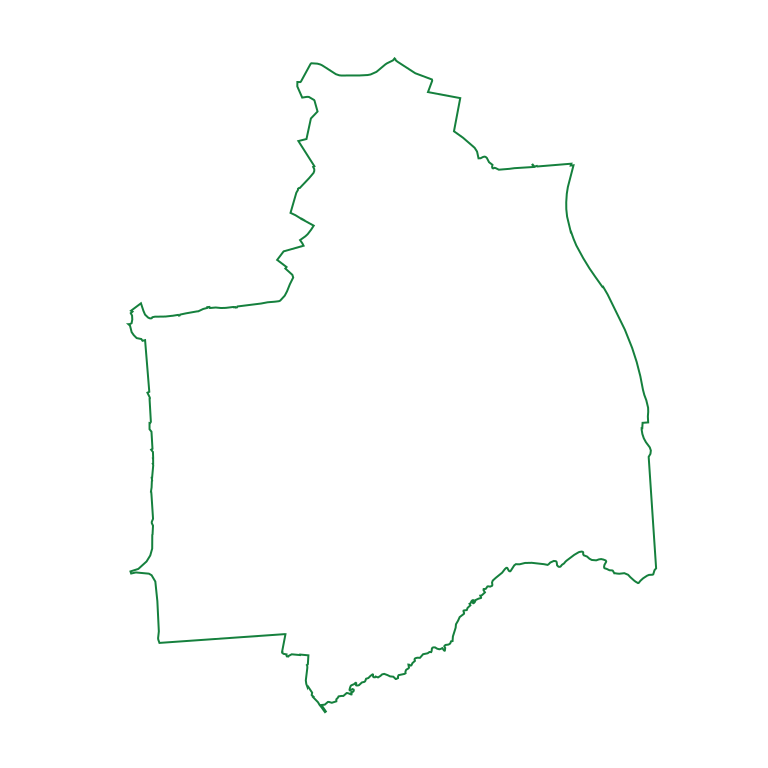 outline of Eindhoven, Noord-Brabant, Netherlands, rotated 87°
{"feature_id": "6326949B83457760015598", "entity_name": "Eindhoven", "entity_type": "district", "adm_level": 2, "iso_a3": "NLD", "parent_name": "Netherlands", "parent_adm1": "Noord-Brabant", "projection": "orthographic", "projection_center": [5.479, 51.449], "detail": "fine", "context": "isolated", "style": "outline", "palette": "green", "viewbox_px": 768, "rotation_deg": 87, "n_neighbors": 0, "source": "geoboundaries", "source_scale": "gbopen_adm2", "svg_char_len": 6109}
<svg xmlns="http://www.w3.org/2000/svg" viewBox="0 0 768 768"><g transform="rotate(87 384 384)"><path d="M175.5,183.3L175.6,186.1L173.8,185.4L174.8,219.5L174.2,219.9L174.8,222.4L172.7,224.0L172.9,224.3L175.1,223.0L175.3,242.5L175.7,247.6L176.0,258.1L174.3,261.1L173.9,262.3L174.4,263.6L174.2,264.3L172.9,264.7L170.8,264.2L168.0,267.5L163.6,269.5L162.5,270.7L162.2,271.9L162.5,273.3L163.6,275.7L163.6,277.8L156.8,278.9L152.9,281.1L142.2,292.2L135.3,300.9L102.5,292.9L94.8,324.8L83.7,320.0L82.4,320.2L75.3,336.5L62.9,353.6L61.3,355.4L60.3,355.6L59.4,356.4L61.3,358.1L63.9,364.2L64.9,365.9L71.9,375.2L74.2,381.2L74.6,384.2L74.6,392.2L73.7,410.6L73.4,412.5L72.1,415.8L62.6,429.0L61.6,430.8L60.6,433.8L59.9,439.8L60.7,440.7L77.6,451.1L78.1,451.7L77.9,454.7L82.3,455.0L93.7,450.7L93.2,445.8L93.4,444.0L96.7,439.0L97.3,438.6L108.4,436.1L115.0,443.1L135.3,448.6L136.9,456.8L162.9,442.1L163.5,443.4L165.7,442.4L167.6,442.5L169.5,443.3L174.6,448.1L183.9,457.9L183.9,458.8L184.6,459.7L185.8,459.8L188.3,461.5L208.2,468.4L210.8,463.6L214.8,457.8L214.6,457.6L215.6,456.1L215.7,456.5L216.1,455.8L222.2,445.9L226.2,448.8L230.4,452.4L232.4,454.8L235.9,460.3L239.4,458.1L241.7,457.1L246.3,477.3L254.5,484.2L262.1,475.2L263.5,476.5L270.2,469.8L272.9,469.1L279.5,472.8L286.4,476.0L290.6,478.5L295.3,483.3L295.8,484.6L296.1,488.7L296.3,495.9L297.2,502.5L298.9,526.3L299.8,526.8L299.9,528.3L299.4,528.5L299.5,529.7L299.3,529.7L299.2,530.6L299.7,538.0L299.6,542.7L298.8,548.1L299.0,553.4L298.9,554.2L297.9,554.3L298.0,556.5L298.8,556.6L299.6,560.6L301.7,565.7L301.7,566.9L303.1,578.2L304.0,583.9L304.9,584.5L305.0,585.3L304.2,586.0L304.8,591.5L304.8,592.1L305.2,598.7L304.8,609.4L305.2,611.8L306.1,612.5L306.3,613.3L306.1,614.6L305.3,616.1L302.2,619.0L298.4,620.4L290.7,622.5L297.6,632.8L298.6,631.4L300.0,633.2L302.5,632.0L306.5,632.0L310.1,632.9L310.9,634.6L310.9,636.1L312.4,634.6L319.0,633.3L322.2,631.3L325.2,628.6L326.4,624.0L328.2,622.9L327.7,620.3L379.5,618.8L380.3,620.7L385.3,618.6L386.3,618.6L386.5,618.9L409.6,618.8L411.0,619.7L410.8,620.2L416.9,620.5L419.5,618.7L436.6,618.6L437.4,620.0L439.8,618.3L445.9,618.4L446.0,618.7L447.4,618.5L451.4,618.7L451.5,619.1L453.0,618.7L465.5,620.5L465.5,620.9L468.5,620.6L468.8,620.9L475.1,621.5L479.5,622.4L479.7,622.1L482.2,622.0L506.5,621.7L509.5,623.1L510.7,623.2L513.4,622.1L522.1,623.0L522.5,623.3L536.2,624.1L543.0,626.4L548.8,630.4L555.8,639.0L557.9,647.0L560.0,646.4L559.2,641.7L561.1,628.7L562.8,626.1L569.3,622.7L589.0,621.7L619.3,621.8L626.0,622.9L627.4,622.8L630.8,621.8L628.6,496.2L628.7,495.5L646.1,499.8L646.2,499.5L647.1,499.7L648.2,498.5L648.9,495.5L649.6,495.7L650.9,495.3L651.1,493.9L650.7,493.8L649.1,490.3L650.3,482.0L649.8,481.9L651.0,473.7L659.8,474.7L660.6,475.7L661.0,475.4L663.3,475.4L675.9,477.6L679.5,477.3L682.7,476.3L682.4,476.2L682.1,475.7L688.5,471.9L690.8,472.5L692.6,470.8L692.9,471.3L698.3,466.6L701.5,464.9L701.5,464.7L708.6,460.1L708.0,459.2L701.3,463.3L701.1,459.9L698.6,456.7L698.6,455.7L699.6,452.8L698.4,448.2L696.4,448.1L694.9,446.5L693.6,445.7L693.3,443.0L693.4,440.9L690.7,437.5L690.7,436.8L691.2,435.3L692.3,433.1L692.3,432.7L691.7,432.5L690.8,432.9L689.9,432.7L690.0,431.8L689.6,430.9L688.8,430.3L688.0,430.2L687.5,430.4L687.0,431.5L688.1,433.6L688.1,434.3L687.3,434.4L685.2,433.7L683.7,433.0L683.2,432.4L682.1,429.4L681.0,428.2L680.9,427.8L681.3,427.4L683.1,427.8L683.6,427.4L683.7,425.9L683.4,424.7L680.9,421.7L680.4,419.1L679.7,418.3L677.4,417.3L676.8,415.0L674.8,412.8L673.4,410.7L673.6,410.2L675.7,410.2L676.3,409.5L676.4,408.3L675.7,407.7L676.7,405.3L675.3,402.8L673.9,401.1L673.5,399.0L674.9,395.7L676.3,393.2L676.8,390.0L679.2,387.8L679.2,387.3L678.4,385.4L676.7,385.3L675.5,384.6L674.6,378.8L674.0,377.6L672.7,377.7L671.0,377.1L670.3,376.4L669.4,374.6L668.6,373.9L665.5,374.3L665.6,373.6L666.6,372.1L666.4,371.4L664.2,370.2L662.1,367.6L660.8,367.9L659.9,367.6L659.5,366.9L659.1,365.2L659.3,362.4L655.9,359.1L655.2,354.5L654.0,352.6L654.2,350.9L653.1,350.4L650.7,350.0L649.9,349.4L649.6,348.5L649.7,346.8L651.1,344.8L651.8,342.7L651.5,341.1L650.8,339.6L653.1,338.1L653.5,337.6L653.4,337.2L650.8,336.7L649.2,337.5L648.5,337.2L647.8,336.1L647.6,333.4L647.4,332.8L646.6,331.5L644.5,330.5L644.3,329.0L639.7,328.4L631.1,325.2L627.7,324.7L624.2,322.4L620.7,320.6L617.6,316.1L616.8,316.0L615.3,316.5L614.5,316.4L614.3,315.9L614.1,313.2L611.9,312.2L609.5,309.3L608.0,310.1L607.4,309.0L605.6,308.1L604.8,307.3L604.5,306.6L604.6,306.0L607.0,306.7L607.5,306.5L607.6,306.0L606.7,304.9L604.5,303.7L603.3,300.8L602.8,298.4L602.3,298.2L600.4,298.9L600.3,297.8L599.9,297.1L597.4,294.1L595.0,295.4L594.0,295.2L594.0,294.0L593.8,293.0L591.6,291.3L591.5,290.6L591.9,288.5L591.1,286.6L590.3,286.3L587.9,286.5L586.0,285.7L583.4,282.5L578.6,275.9L575.2,273.0L574.0,271.5L574.0,270.9L574.2,270.5L577.1,269.1L577.7,268.0L577.3,267.3L571.9,263.4L570.8,261.7L571.0,260.0L571.1,257.8L570.1,252.6L570.3,245.8L572.3,233.7L573.2,230.1L572.6,229.0L571.0,227.3L569.6,223.7L569.9,221.9L570.2,221.3L570.9,220.9L574.2,220.6L575.6,219.3L575.8,218.0L575.5,217.2L573.9,215.8L572.6,213.6L570.9,212.1L569.8,210.7L564.6,203.0L562.2,198.4L561.9,197.4L561.7,195.2L562.1,194.2L562.5,193.9L564.4,194.0L565.5,193.5L566.9,190.3L569.2,188.0L570.6,185.7L571.2,181.3L570.4,178.5L570.2,176.3L570.8,174.1L571.8,171.9L572.7,171.4L573.3,171.5L576.1,173.3L578.1,173.8L579.1,173.7L579.6,173.2L580.3,171.3L581.8,168.6L582.1,165.9L582.4,165.3L585.1,163.9L585.0,163.4L585.5,161.2L585.8,158.9L585.5,153.9L587.3,150.2L589.8,148.1L593.4,144.5L594.5,143.2L596.1,140.8L596.0,140.1L593.9,138.2L591.6,135.4L589.2,131.3L588.5,129.3L588.5,126.0L588.2,125.1L584.1,123.6L582.3,121.9L470.6,123.5L467.7,121.6L464.4,121.0L461.2,121.9L455.8,125.5L451.8,127.4L447.5,128.6L443.0,129.1L441.6,129.0L441.7,128.4L436.3,127.8L436.2,122.2L430.2,122.2L425.7,121.6L421.5,121.5L414.0,122.9L408.6,124.6L403.3,125.7L389.7,127.6L375.3,130.5L361.0,134.3L342.4,140.6L306.3,156.0L298.3,160.1L298.6,160.7L287.7,167.6L279.4,172.7L268.7,178.5L255.7,184.7L249.0,187.1L241.9,189.2L242.1,189.5L226.4,192.4L218.9,192.8L212.0,192.5L203.6,191.5L197.0,190.1L175.5,183.3Z" fill="none" stroke="#15803d" stroke-width="2"/></g></svg>